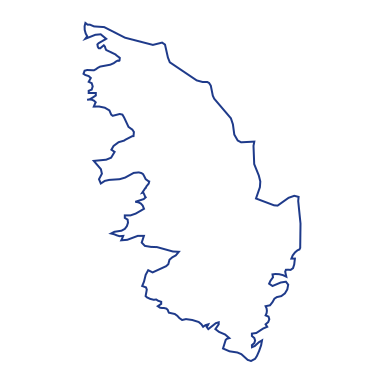 Corse-du-Sud, Equal Earth projection
{"feature_id": "FRA-5281", "entity_name": "Corse-du-Sud", "entity_type": "Metropolitan department", "adm_level": 1, "iso_a3": "FRA", "parent_name": "France", "parent_adm1": "", "projection": "equal_earth", "projection_center": [8.909, 41.876], "detail": "fine", "context": "isolated", "style": "outline", "palette": "blue", "viewbox_px": 384, "rotation_deg": 0, "n_neighbors": 0, "source": "natural_earth", "source_scale": "10m", "svg_char_len": 3473}
<svg xmlns="http://www.w3.org/2000/svg" viewBox="0 0 384 384"><path d="M298.6,196.9L298.2,201.0L300.5,223.6L300.2,247.9L299.4,249.5L297.5,250.3L295.0,252.4L292.7,255.4L291.4,258.6L294.9,258.6L294.2,264.5L293.0,268.2L290.6,269.9L288.0,269.7L285.9,269.8L285.2,271.7L286.3,276.7L282.9,275.1L279.1,274.2L275.4,274.0L272.5,274.4L273.0,277.3L270.5,280.7L269.1,283.7L272.5,286.0L280.8,282.5L285.9,281.7L288.2,284.7L287.3,289.4L284.9,293.4L281.3,296.1L276.8,297.1L274.4,298.7L272.5,302.1L270.0,305.3L265.6,306.2L266.6,308.5L266.9,310.8L266.6,313.1L265.6,315.4L268.5,316.6L269.3,319.2L268.2,322.1L265.6,324.3L267.2,326.8L263.2,328.5L256.3,333.0L251.9,333.6L251.9,336.0L254.3,338.0L255.1,340.5L254.3,343.1L251.9,345.1L252.0,347.2L254.8,346.0L258.9,342.2L262.0,340.4L261.1,345.3L259.1,351.0L256.9,356.0L255.1,358.8L251.0,361.0L247.7,359.9L241.4,354.2L237.4,352.5L229.5,351.3L223.0,348.5L225.7,339.9L226.9,338.8L229.3,338.1L225.1,334.5L219.0,331.9L215.4,329.1L218.7,324.3L218.7,322.3L215.8,323.2L208.3,329.1L206.6,326.8L207.1,326.1L207.4,325.8L207.8,325.4L208.3,324.3L205.6,325.1L204.6,325.7L203.1,326.8L201.4,324.3L198.7,322.0L192.3,320.0L186.0,319.1L182.1,320.0L179.4,318.1L177.3,315.8L174.8,314.0L168.9,312.7L168.3,311.5L167.8,310.0L166.4,308.6L164.0,308.0L162.0,308.0L160.0,307.7L157.8,306.2L161.2,303.9L161.2,301.8L158.0,300.7L156.2,299.5L153.8,299.8L150.2,298.9L147.0,297.4L145.6,296.1L146.8,289.6L146.0,287.4L142.2,286.0L144.0,281.6L145.7,274.8L148.2,270.2L152.6,272.4L166.1,266.2L168.3,264.2L169.5,259.7L172.3,257.3L175.8,255.4L178.8,251.8L172.9,251.5L157.0,247.1L150.9,246.9L144.9,245.9L141.7,242.6L143.9,235.9L137.7,235.9L127.3,239.8L121.3,240.3L121.9,239.1L123.2,235.9L119.6,236.2L116.9,235.4L114.3,234.3L111.1,233.5L114.4,231.8L121.5,230.7L124.8,228.9L126.9,226.1L128.0,222.7L127.6,219.6L124.8,217.9L124.8,215.4L130.5,215.4L135.7,213.6L144.0,208.8L142.7,205.6L140.8,203.5L138.3,202.3L135.3,201.8L143.7,199.1L145.7,197.3L145.1,196.6L144.2,194.4L143.2,192.5L142.2,192.8L145.3,188.1L145.7,188.0L146.4,186.4L148.7,183.6L149.2,181.5L148.6,181.3L145.7,179.2L144.2,176.2L143.1,174.2L141.5,173.1L138.8,172.4L133.7,172.9L125.1,177.6L119.6,179.2L109.2,179.9L104.8,180.9L100.8,183.5L99.0,179.2L101.9,173.7L100.9,169.2L93.8,160.9L106.2,159.7L111.1,157.7L114.6,151.9L111.4,149.7L113.6,145.9L118.6,142.2L124.1,140.6L125.4,139.7L132.2,136.2L133.5,136.1L133.9,132.0L132.4,129.7L128.5,126.9L124.1,117.5L122.4,114.6L119.7,114.0L112.7,115.8L111.2,114.6L109.4,110.4L104.8,107.7L99.0,106.5L93.8,106.6L95.1,103.5L95.7,102.3L93.9,100.6L91.8,99.7L89.5,99.5L87.1,99.8L89.7,99.3L91.7,98.2L95.8,95.5L95.8,93.0L88.7,93.0L88.7,90.8L91.7,89.6L92.7,86.4L91.7,83.2L88.7,81.8L90.8,78.0L88.7,76.1L85.3,75.0L83.5,73.8L84.6,70.7L87.2,70.0L93.9,70.3L95.8,69.3L97.7,67.9L100.1,66.6L110.3,64.7L113.7,63.2L116.3,61.3L117.8,60.6L118.9,60.9L119.5,60.5L119.8,57.9L116.1,55.1L115.6,54.5L106.2,50.0L105.6,48.8L104.9,46.6L103.8,45.3L100.2,48.3L98.7,48.2L97.8,46.8L97.4,44.4L98.6,43.2L106.2,38.8L100.7,34.3L95.3,34.8L85.3,38.8L87.2,36.3L85.7,33.5L84.7,29.9L84.6,26.2L85.4,23.0L87.6,24.7L90.0,24.7L94.0,26.4L104.2,27.1L125.0,37.7L152.9,44.9L162.1,42.6L165.0,44.6L167.9,57.5L169.8,62.3L196.7,80.4L202.6,82.0L207.3,82.0L209.1,83.0L210.8,85.7L212.8,95.7L214.2,98.7L230.9,118.3L232.9,124.3L234.3,134.6L237.7,140.5L241.1,142.3L254.3,141.6L253.5,145.8L254.2,164.1L258.8,175.5L260.3,181.5L259.9,187.2L256.0,198.5L274.0,205.3L277.6,205.6L288.6,197.8L294.3,195.8L298.6,196.9Z" fill="none" stroke="#1e3a8a" stroke-width="2"/></svg>